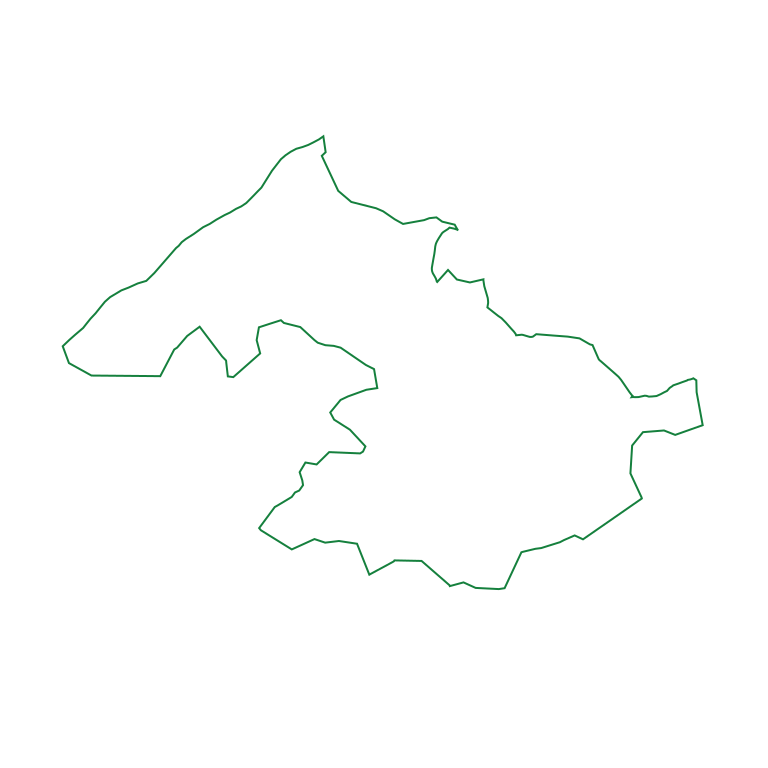 Isiala-Ngwa South, Abia, Nigeria (Robinson projection), rotated 37°
{"feature_id": "59680162B80116312922204", "entity_name": "Isiala-Ngwa South", "entity_type": "district", "adm_level": 2, "iso_a3": "NGA", "parent_name": "Nigeria", "parent_adm1": "Abia", "projection": "robinson", "projection_center": [7.387, 5.279], "detail": "fine", "context": "isolated", "style": "outline", "palette": "green", "viewbox_px": 768, "rotation_deg": 37, "n_neighbors": 0, "source": "geoboundaries", "source_scale": "gbopen_adm2", "svg_char_len": 3129}
<svg xmlns="http://www.w3.org/2000/svg" viewBox="0 0 768 768"><g transform="rotate(37 384 384)"><path d="M119.8,556.9L145.3,553.3L193.0,518.0L200.6,512.4L195.7,482.7L196.9,479.4L197.9,464.1L202.3,449.2L238.1,459.4L243.7,460.3L244.7,461.3L245.0,461.7L254.7,471.9L259.5,469.2L266.7,434.1L255.9,425.6L250.0,414.0L256.5,404.7L263.3,395.1L267.3,395.5L282.9,388.9L302.2,390.8L302.9,390.8L306.2,390.9L313.8,388.3L320.9,383.8L327.5,381.1L358.1,379.7L367.1,378.1L381.1,391.3L373.4,399.2L362.7,415.6L358.9,422.9L358.2,439.1L365.6,442.5L384.3,441.0L406.7,445.0L407.9,450.6L406.7,453.8L381.2,471.4L378.6,488.8L368.5,494.0L369.7,505.2L376.8,510.2L380.2,513.5L380.4,520.1L378.2,524.2L378.3,529.7L372.1,545.1L370.8,548.0L371.0,574.2L373.7,574.9L409.9,571.6L414.8,562.6L421.8,549.7L432.5,546.1L442.5,536.5L458.6,527.8L487.0,545.1L490.7,537.0L495.4,526.8L498.2,520.6L498.6,519.6L498.5,518.6L520.5,502.7L557.5,505.3L558.2,505.8L566.9,494.6L579.9,491.7L599.1,478.7L603.2,474.5L595.0,435.7L595.7,434.7L604.1,424.5L608.3,420.4L613.8,412.7L619.4,404.9L619.6,404.7L621.7,400.3L627.4,390.2L636.4,388.3L658.8,320.3L658.0,319.6L634.6,307.1L619.2,283.8L619.8,266.6L635.6,252.6L647.2,249.4L663.3,225.1L638.6,202.4L631.2,193.1L627.6,193.3L627.1,194.3L625.9,196.0L624.1,198.0L623.9,198.8L621.1,203.0L618.8,206.6L617.5,208.5L615.8,211.0L615.6,212.0L614.5,215.2L614.2,219.2L612.7,222.1L611.1,225.6L608.9,229.6L605.5,232.7L603.1,234.7L600.8,235.5L599.3,236.4L595.2,241.2L593.0,243.0L590.4,244.8L589.7,245.5L589.6,243.9L589.1,243.9L585.1,242.8L574.4,239.2L570.8,238.0L567.0,237.1L563.6,236.8L550.1,235.8L543.1,235.3L542.0,235.3L541.0,235.1L540.4,234.9L527.1,227.4L524.7,228.4L522.4,228.7L512.7,229.9L502.2,235.6L491.0,242.8L475.6,252.6L474.4,256.6L473.6,257.5L472.2,258.6L470.2,259.4L465.6,261.1L464.4,261.7L460.2,265.6L459.0,264.8L456.3,264.0L452.0,263.2L444.2,261.6L438.2,260.7L434.2,260.9L429.4,260.8L420.5,260.6L418.4,256.6L417.1,255.0L415.1,252.9L412.7,251.1L405.2,245.5L400.8,241.2L400.4,240.6L391.5,251.2L379.3,256.7L366.5,254.4L365.8,262.6L365.1,270.5L364.5,270.4L363.6,269.7L362.0,268.6L359.1,267.3L356.4,266.2L354.7,265.1L353.7,264.2L352.4,262.6L351.2,260.3L348.5,255.0L346.0,250.0L344.4,247.1L342.1,243.2L341.1,240.9L340.7,239.4L340.4,237.8L340.0,234.5L339.6,228.7L339.9,227.0L340.5,225.3L341.8,221.8L342.2,219.7L346.3,217.8L349.4,216.7L350.7,216.8L346.8,215.2L344.6,214.2L332.8,219.3L325.6,219.4L320.4,224.3L317.4,229.0L302.9,244.7L300.8,245.0L293.5,246.0L279.4,246.6L271.9,248.4L248.3,258.3L231.2,257.3L197.0,239.2L197.9,234.0L186.5,222.7L185.5,225.8L184.9,227.7L182.2,233.5L179.6,238.7L176.3,243.8L172.4,248.9L169.7,254.7L167.7,260.6L166.4,266.5L166.3,273.1L166.2,281.1L167.3,294.0L167.9,300.8L167.9,301.0L167.2,306.1L166.5,312.0L165.1,322.3L163.1,328.1L160.4,333.2L158.9,337.0L157.8,339.8L155.1,344.9L151.2,353.7L148.5,361.0L145.2,367.6L141.8,378.6L138.5,387.4L137.1,392.5L136.9,397.2L136.1,400.6L133.8,433.5L132.1,444.7L126.8,451.9L122.0,460.7L117.9,467.3L113.0,479.4L111.6,486.3L111.3,494.5L111.1,501.1L110.3,508.5L110.1,515.1L110.0,520.3L107.7,530.6L106.2,538.0L104.7,547.2L119.8,556.9Z" fill="none" stroke="#15803d" stroke-width="2"/></g></svg>